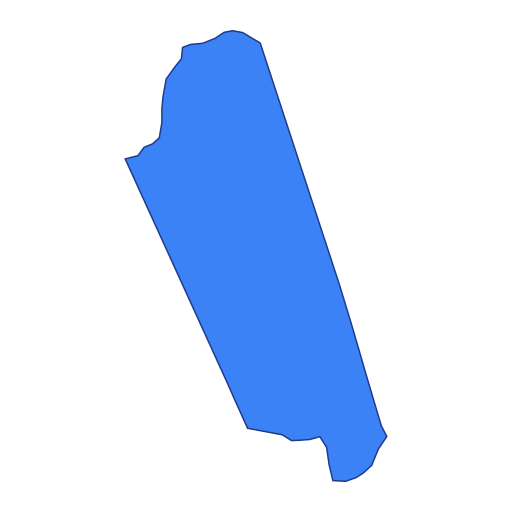 outline of Belém, Alagoas, Brazil
{"feature_id": "56859067B82367444604636", "entity_name": "Belém", "entity_type": "district", "adm_level": 2, "iso_a3": "BRA", "parent_name": "Brazil", "parent_adm1": "Alagoas", "projection": "equal_earth", "projection_center": [-36.491, -9.559], "detail": "fine", "context": "isolated", "style": "filled", "palette": "blue", "viewbox_px": 512, "rotation_deg": 0, "n_neighbors": 0, "source": "geoboundaries", "source_scale": "gbopen_adm2", "svg_char_len": 634}
<svg xmlns="http://www.w3.org/2000/svg" viewBox="0 0 512 512"><path d="M260.2,43.0L250.4,37.2L242.8,32.6L232.6,30.7L224.2,32.3L215.0,38.4L202.6,43.3L190.7,44.4L182.6,47.4L181.4,58.8L175.2,66.5L166.2,79.0L163.1,96.2L161.9,108.3L161.9,122.5L159.3,137.8L152.6,143.8L144.1,147.3L137.9,155.7L125.2,158.9L227.8,384.0L235.7,401.9L247.6,428.3L282.3,434.8L291.5,440.6L300.4,440.2L309.7,439.5L319.9,436.7L326.6,447.4L329.2,465.3L332.9,480.6L345.6,481.3L356.1,477.6L363.4,472.9L371.7,465.3L378.4,449.0L386.8,436.5L381.3,425.8L367.7,380.0L362.5,362.1L351.0,322.7L339.4,284.6L260.2,43.0Z" fill="#3b82f6" stroke="#1e3a8a" stroke-width="1.5"/></svg>